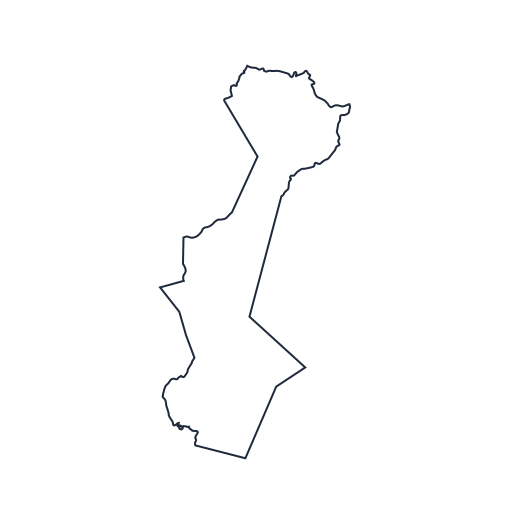 Concepción, Copán, Honduras (orthographic projection), rotated 238°
{"feature_id": "27666195B32287838652437", "entity_name": "Concepción", "entity_type": "district", "adm_level": 2, "iso_a3": "HND", "parent_name": "Honduras", "parent_adm1": "Copán", "projection": "orthographic", "projection_center": [-88.87, 14.863], "detail": "fine", "context": "isolated", "style": "outline", "palette": "slate", "viewbox_px": 512, "rotation_deg": 238, "n_neighbors": 0, "source": "geoboundaries", "source_scale": "gbopen_adm2", "svg_char_len": 6144}
<svg xmlns="http://www.w3.org/2000/svg" viewBox="0 0 512 512"><g transform="rotate(238 256 256)"><path d="M421.9,349.4L420.3,346.8L419.2,344.8L419.1,344.4L419.4,343.9L419.3,343.7L419.1,343.5L418.7,343.4L417.8,343.3L417.5,343.1L417.5,342.8L417.5,342.5L418.1,340.9L418.1,340.6L417.9,340.0L417.5,339.1L416.9,337.1L416.4,336.6L415.6,336.1L414.8,334.9L413.9,334.0L413.7,333.6L413.0,332.0L412.3,330.9L412.1,330.7L411.6,330.6L411.3,330.5L411.0,330.1L410.8,329.8L410.8,329.5L410.8,329.2L411.2,328.7L411.6,328.4L412.3,328.1L412.5,327.9L412.9,326.4L413.0,324.8L409.9,322.2L404.5,320.4L404.7,317.0L405.8,312.6L404.9,311.4L339.5,310.0L305.8,258.8L305.2,255.6L304.2,252.0L304.0,251.0L304.0,250.2L304.2,248.8L304.7,247.3L305.6,245.3L306.7,243.5L306.9,243.0L307.0,242.5L307.0,241.2L306.9,239.8L306.7,238.6L306.2,236.8L306.0,235.8L305.9,234.6L305.8,232.9L305.9,231.9L306.1,231.0L306.3,230.0L307.1,228.1L307.3,227.4L307.3,226.6L307.2,225.8L307.0,225.1L306.7,224.5L306.0,223.6L305.6,222.9L305.2,222.0L304.9,220.9L304.5,219.6L304.2,217.8L304.1,216.7L304.1,215.6L304.2,214.8L304.7,212.9L305.1,212.0L305.5,211.3L306.1,210.5L306.9,209.7L307.7,209.0L308.7,208.3L309.3,207.5L309.9,205.6L310.1,204.3L288.0,189.9L286.0,189.9L285.0,189.8L282.0,189.2L281.2,188.9L280.1,188.0L279.4,187.1L278.9,186.3L278.2,184.7L277.8,184.1L277.3,183.6L276.3,182.8L275.2,182.2L274.4,181.8L273.2,181.6L280.2,158.0L249.3,161.4L226.0,154.7L202.4,149.9L201.3,147.9L200.8,146.7L200.6,146.3L200.3,145.8L199.6,145.2L199.3,144.8L196.2,138.6L195.4,137.6L194.3,136.8L193.9,136.3L192.6,133.7L192.1,132.4L191.7,131.3L191.7,130.9L191.7,130.5L191.9,130.1L192.1,129.8L192.5,129.5L193.0,129.2L193.3,129.1L193.8,129.1L194.0,129.0L194.0,128.6L193.9,127.9L194.0,126.6L194.0,126.0L193.8,125.2L193.4,124.4L193.3,123.8L193.6,123.3L194.0,122.6L194.4,122.3L195.2,121.7L195.6,121.1L195.9,120.5L196.1,119.9L196.2,118.6L196.2,118.1L196.0,117.6L195.2,115.8L194.5,114.0L194.0,111.5L193.6,110.3L193.4,109.9L192.4,108.8L191.4,107.3L190.0,106.1L188.5,104.3L188.1,103.9L186.9,103.1L186.6,102.8L186.3,102.4L186.1,102.2L185.4,102.2L184.0,102.5L183.0,102.7L182.3,102.7L181.4,102.6L179.3,101.9L176.5,100.6L169.2,98.7L168.6,98.4L167.6,97.8L167.0,97.6L165.8,97.4L164.3,97.4L161.5,97.4L160.0,97.5L156.5,96.4L156.1,96.4L155.8,96.7L155.6,97.0L155.5,97.4L155.4,99.1L155.7,101.0L155.6,101.6L155.4,102.0L155.3,101.9L154.9,101.0L154.4,100.1L154.0,99.7L153.6,99.4L153.1,99.4L152.8,99.7L152.8,100.0L153.1,100.7L153.0,101.2L152.9,101.4L152.5,101.9L152.2,102.1L151.9,102.2L151.6,102.2L151.4,101.9L151.5,101.6L151.9,101.2L152.0,100.8L151.9,100.3L151.5,100.0L151.0,99.7L150.5,99.6L149.8,99.7L149.2,100.1L148.7,100.5L148.4,101.0L148.4,101.5L148.5,102.1L148.9,102.7L149.4,103.0L149.8,102.9L150.3,102.6L150.5,102.7L150.7,102.9L150.6,103.4L150.0,104.6L148.7,106.2L148.3,106.7L147.6,107.0L147.4,107.2L147.0,108.2L146.8,108.7L146.6,108.7L146.4,108.7L146.0,108.4L145.7,108.2L144.6,108.3L144.0,108.5L143.3,109.0L142.9,109.2L141.6,109.4L141.3,109.7L140.8,110.4L139.1,112.7L138.7,113.1L138.2,113.3L137.6,113.3L137.3,113.2L137.1,113.0L136.2,111.4L135.1,109.2L134.8,108.9L134.3,108.5L134.0,108.2L133.7,108.0L132.6,108.0L131.7,107.7L131.0,107.1L130.3,105.8L129.6,105.1L128.7,104.6L127.5,104.2L90.1,139.8L134.5,203.9L135.4,238.7L208.0,218.3L293.2,309.2L293.1,310.2L293.2,311.0L293.5,311.9L294.4,313.2L294.8,314.2L295.1,315.1L295.5,317.9L295.6,318.4L295.8,318.8L296.1,319.1L296.6,319.7L298.3,321.0L300.2,322.4L300.9,323.0L301.5,323.8L302.1,324.7L302.1,325.2L302.1,325.6L302.3,325.9L302.5,326.2L302.9,326.4L303.3,326.5L303.6,326.5L304.1,326.3L304.3,326.3L304.5,326.4L304.8,326.6L305.1,327.0L305.3,327.5L305.5,328.0L305.4,328.5L304.4,330.1L304.1,330.8L304.1,331.0L304.6,332.7L305.3,334.9L305.5,335.7L305.6,338.5L305.6,340.6L305.4,341.2L305.2,341.9L304.3,343.3L303.9,344.2L302.2,349.0L301.7,350.5L301.4,351.7L301.4,352.4L301.5,352.8L302.2,353.9L302.5,354.2L303.1,354.5L303.3,354.7L303.4,355.1L303.5,355.5L303.4,355.9L303.2,356.2L300.7,358.2L300.5,358.5L300.3,359.0L300.3,359.4L300.3,360.0L300.7,362.4L300.8,365.5L300.7,366.5L300.3,367.6L300.3,368.1L300.4,369.0L300.7,370.2L302.4,374.7L303.8,378.8L304.1,379.4L306.0,382.0L306.1,383.7L306.1,384.2L305.9,384.9L305.9,385.4L306.2,385.8L306.9,386.0L307.5,386.2L308.9,386.2L309.5,386.4L310.1,386.7L310.5,387.2L310.8,388.0L311.1,388.5L311.7,389.0L312.6,389.5L313.1,389.6L313.7,389.7L315.4,389.8L316.5,389.9L318.2,390.3L318.6,390.4L320.1,391.9L324.6,395.8L324.8,396.1L325.6,397.7L326.5,399.1L326.9,399.5L328.6,400.5L330.0,401.7L330.2,402.0L330.3,402.3L330.1,403.1L329.7,404.1L328.8,405.4L328.5,406.0L328.4,406.6L328.1,408.5L328.2,409.3L328.3,410.1L328.5,410.7L328.9,411.3L330.4,412.4L331.7,414.0L332.5,414.6L333.4,415.1L334.4,415.4L335.2,415.6L335.4,415.5L336.3,410.6L336.8,408.8L337.1,408.4L340.5,405.1L340.9,404.6L341.3,404.0L341.6,403.4L341.8,402.7L342.1,400.7L342.2,398.9L342.3,398.6L342.5,398.4L343.3,397.9L344.5,397.6L345.6,397.5L347.2,397.5L348.0,397.4L349.9,397.0L351.2,396.7L352.7,395.9L355.6,394.1L357.5,392.8L358.5,392.2L360.0,392.0L360.9,391.9L362.0,392.0L363.2,392.2L364.1,392.4L366.4,393.1L368.0,393.4L370.4,393.5L371.5,393.7L371.8,393.9L371.9,394.2L371.4,395.8L371.3,396.7L371.4,396.9L371.6,397.1L372.2,397.3L373.0,397.3L374.3,396.9L375.9,396.3L377.4,395.4L378.0,395.2L378.6,395.1L378.8,395.2L379.0,395.4L380.3,397.4L380.7,397.8L381.1,397.7L382.1,397.3L383.2,396.8L385.1,397.0L385.9,396.9L386.3,396.8L386.4,396.6L386.6,396.2L386.7,395.3L386.5,394.6L386.0,393.8L386.0,393.3L386.6,389.2L387.3,386.5L387.3,386.0L387.2,385.3L387.3,385.2L387.5,385.2L389.1,386.8L390.0,387.2L390.4,387.2L390.9,387.1L391.2,386.8L391.3,386.5L391.2,385.9L390.9,385.1L389.6,383.5L389.0,382.4L388.8,381.6L388.8,381.2L388.9,380.9L389.3,380.7L390.4,380.4L391.5,380.2L392.8,380.3L393.2,380.1L395.1,378.6L399.9,374.3L400.8,373.3L401.6,372.3L402.6,370.7L403.6,368.8L404.3,367.8L404.7,367.1L405.5,366.4L405.7,366.0L406.2,365.1L406.5,364.3L406.6,363.7L406.6,363.0L406.9,362.5L407.8,361.6L408.6,361.0L408.9,361.1L409.7,361.3L410.6,361.5L410.9,361.5L411.2,361.4L411.5,361.0L411.7,360.5L411.9,358.7L412.3,357.4L415.3,355.8L415.8,355.3L417.0,353.6L418.8,351.5L419.9,350.6L421.9,349.4Z" fill="none" stroke="#1e293b" stroke-width="2"/></g></svg>